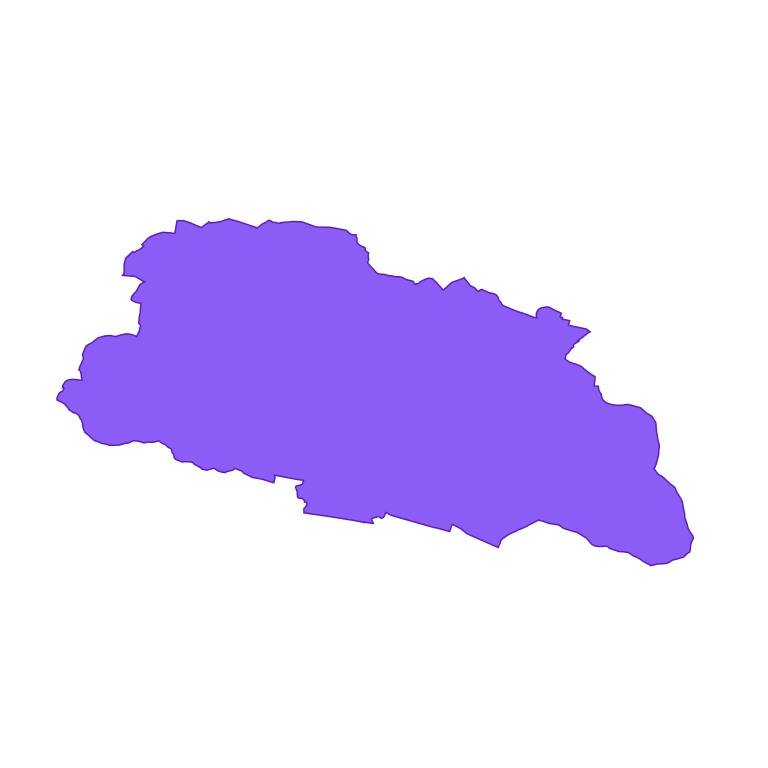 the district of Jucu, Cluj, Romania, rotated 186°
{"feature_id": "2599482B94337896165736", "entity_name": "Jucu", "entity_type": "district", "adm_level": 2, "iso_a3": "ROU", "parent_name": "Romania", "parent_adm1": "Cluj", "projection": "robinson", "projection_center": [23.807, 46.849], "detail": "fine", "context": "isolated", "style": "filled", "palette": "violet", "viewbox_px": 768, "rotation_deg": 186, "n_neighbors": 0, "source": "geoboundaries", "source_scale": "gbopen_adm2", "svg_char_len": 6126}
<svg xmlns="http://www.w3.org/2000/svg" viewBox="0 0 768 768"><g transform="rotate(186 384 384)"><path d="M707.6,334.1L705.5,333.1L702.8,332.3L699.4,330.6L695.2,326.7L695.1,325.9L693.9,325.2L693.7,324.9L691.7,324.1L690.2,323.0L688.2,322.9L687.1,322.6L684.3,320.9L682.4,317.7L680.8,316.1L680.4,314.8L679.6,313.3L679.6,312.1L679.0,311.3L678.8,309.4L678.5,308.6L676.8,305.3L676.0,304.3L672.6,302.3L669.8,300.0L666.3,297.7L664.6,297.0L661.3,296.5L659.1,295.5L653.2,295.1L650.8,294.3L642.7,295.3L639.9,296.0L635.5,297.8L632.0,298.6L629.6,300.1L626.9,301.4L623.7,301.5L619.1,301.0L616.7,300.2L613.0,301.5L607.9,301.8L602.4,303.8L601.8,303.8L599.7,302.5L594.6,300.5L592.2,298.6L589.5,297.5L588.8,297.0L587.5,293.6L585.7,291.9L585.0,288.9L584.4,288.1L583.3,287.3L582.4,286.9L576.1,285.3L574.5,285.9L570.2,286.2L566.4,286.1L565.2,285.0L562.9,283.7L558.0,281.8L555.9,280.2L551.0,279.8L544.8,282.4L543.3,282.0L540.0,280.2L536.0,279.4L532.3,279.4L531.3,280.5L525.3,282.5L523.4,284.5L516.0,282.4L513.8,280.3L513.3,280.4L505.2,277.3L495.1,276.6L487.5,275.0L483.3,274.3L482.7,277.9L482.7,280.1L482.9,280.9L483.4,281.9L460.4,280.0L453.9,279.8L454.2,278.8L454.4,276.5L454.7,276.1L455.2,275.6L456.7,274.7L460.6,273.4L461.1,272.8L461.2,272.1L459.2,268.1L458.8,266.8L458.8,265.1L458.4,264.5L458.3,263.1L458.0,262.3L457.0,261.7L453.1,261.5L451.5,260.2L450.7,260.0L450.7,258.2L449.5,258.4L448.0,257.0L448.0,255.9L449.7,252.7L450.6,251.8L450.2,247.5L422.3,246.4L400.3,245.2L390.2,244.3L389.1,244.0L389.0,244.6L380.7,244.1L380.0,244.3L382.2,247.7L381.9,248.8L381.2,249.4L378.1,250.5L376.4,251.5L374.9,251.5L373.3,250.4L372.5,250.2L371.6,250.5L370.6,251.4L369.6,253.3L369.4,254.6L368.6,256.5L364.0,254.5L361.8,253.9L321.8,246.9L317.6,246.3L316.6,246.4L303.3,244.1L301.7,251.3L300.8,251.4L292.2,248.0L286.4,244.1L283.2,242.9L253.3,233.3L251.3,240.7L249.3,243.4L248.3,243.7L247.2,245.0L242.8,248.4L237.2,251.5L234.6,253.4L232.7,254.2L226.7,257.7L225.5,258.7L216.1,264.8L211.4,264.1L205.4,262.6L196.7,262.2L194.7,261.7L190.5,259.3L183.6,257.8L176.4,256.6L167.4,252.3L165.2,250.7L160.7,246.3L157.4,245.0L153.8,244.8L145.2,245.9L144.3,245.5L143.2,244.6L141.8,243.9L132.6,241.9L128.6,242.2L123.1,241.9L118.2,239.1L116.8,238.9L115.4,238.3L112.2,237.3L107.4,234.5L105.6,233.9L103.9,232.9L102.3,232.6L101.0,231.8L99.3,231.3L93.2,233.6L87.1,234.5L83.7,235.4L82.0,236.3L78.9,238.8L75.8,240.1L73.6,240.8L67.8,243.3L64.4,247.4L62.3,248.9L62.1,254.1L62.2,256.7L61.4,259.8L60.3,262.6L60.3,263.5L61.3,265.6L64.7,269.5L66.4,272.3L68.2,276.9L70.6,281.9L71.0,283.2L71.5,286.3L72.1,288.3L73.6,292.7L74.5,296.3L75.3,298.7L76.0,299.9L81.9,307.6L84.0,311.6L89.9,315.3L96.6,320.4L98.3,321.4L100.9,322.3L103.5,324.5L105.6,326.9L106.9,327.9L105.9,329.5L104.9,333.0L104.4,336.2L103.5,342.7L103.8,347.0L103.6,350.2L104.2,353.2L105.4,355.9L106.7,361.0L107.7,363.8L109.0,370.1L109.4,373.0L109.9,374.4L113.0,378.2L114.0,379.8L120.5,382.9L126.0,387.0L126.9,387.3L136.2,388.8L139.3,389.1L141.4,388.8L145.3,387.7L147.0,387.5L151.2,387.1L155.7,387.4L159.9,388.2L162.4,389.5L164.6,391.0L165.6,392.5L166.2,394.0L166.7,396.3L169.4,399.7L170.4,402.8L170.6,404.2L174.7,403.9L174.7,412.7L174.9,413.3L180.4,416.0L186.7,419.9L188.8,421.6L190.2,422.2L192.6,423.1L201.7,425.2L204.8,426.7L206.5,428.0L206.0,432.7L204.9,433.2L204.1,434.0L201.3,438.9L199.2,440.7L199.7,442.2L199.6,443.1L194.8,446.9L195.8,447.1L187.0,455.5L185.4,456.9L184.4,457.4L185.1,457.9L188.4,459.8L206.8,461.7L205.9,466.4L213.6,467.2L213.4,468.8L216.0,469.4L215.0,472.9L223.7,475.9L227.7,477.6L230.3,477.6L234.7,476.5L235.9,476.0L237.9,474.5L238.9,473.2L239.8,470.4L239.8,468.4L239.0,465.7L242.0,466.0L253.0,468.9L259.1,470.1L273.9,474.4L274.2,474.9L275.0,475.3L276.0,477.1L278.2,479.0L278.8,479.9L279.4,481.8L281.4,484.1L282.2,484.6L284.9,485.4L288.7,485.7L296.5,488.3L298.2,487.7L299.0,486.1L300.1,486.1L300.8,486.6L301.5,486.6L302.4,488.0L303.3,488.8L307.1,490.4L308.3,490.5L311.0,493.7L314.4,496.8L315.3,498.2L318.2,496.4L326.8,492.3L328.2,491.1L332.2,486.4L335.1,483.7L343.0,490.8L346.9,493.9L350.9,493.8L353.6,492.7L358.1,489.8L360.7,487.4L362.2,487.0L363.1,486.1L365.6,488.9L366.2,489.3L373.0,490.2L375.9,491.6L378.7,492.2L381.2,492.2L383.6,491.8L388.0,492.4L390.8,492.3L394.5,493.0L401.5,492.9L403.5,494.3L406.8,497.1L412.8,502.5L412.9,503.2L412.2,506.2L412.7,507.4L413.1,509.7L413.2,511.5L412.9,512.6L416.8,514.9L416.7,517.1L417.0,517.5L422.4,519.3L423.8,520.1L425.1,521.4L425.6,522.2L425.9,523.4L426.2,526.5L427.3,528.1L427.4,529.5L430.4,529.1L432.5,529.4L434.9,530.7L436.8,532.4L438.3,533.0L454.2,534.2L467.6,533.0L481.9,536.5L483.6,536.7L493.1,535.9L494.3,535.4L503.0,533.9L503.5,533.6L503.3,533.4L503.7,533.2L503.9,532.9L504.7,533.1L506.1,532.8L508.6,533.4L511.0,533.1L511.9,533.4L513.9,534.6L515.7,534.7L516.5,534.3L518.6,532.2L520.7,531.0L521.5,530.7L526.2,526.0L546.2,530.4L555.7,532.0L558.9,530.7L560.4,529.8L563.1,528.6L568.6,527.0L574.0,526.0L574.0,526.5L575.3,526.9L575.9,526.0L582.1,520.5L595.0,524.4L600.9,525.6L601.9,525.3L605.8,525.0L606.9,524.6L607.8,511.8L611.3,512.0L620.1,511.7L625.6,509.3L631.6,506.2L633.9,504.2L639.3,497.4L637.3,496.0L637.7,495.6L640.5,492.8L642.1,491.5L644.0,490.5L646.2,488.6L647.7,489.5L653.2,483.1L653.8,482.3L654.2,481.1L655.0,475.8L654.3,470.3L654.2,466.0L655.3,464.8L656.3,464.6L642.8,465.0L637.9,462.7L636.5,462.3L636.2,461.7L635.7,461.5L632.6,460.6L636.5,458.0L637.4,456.8L640.1,450.1L641.5,448.7L641.6,448.4L643.6,445.4L644.4,442.0L644.3,441.4L643.9,441.0L639.8,439.4L637.3,439.0L634.1,438.8L634.2,436.1L633.9,429.4L634.5,423.9L634.3,422.6L634.3,419.6L634.2,418.6L632.6,417.4L632.2,416.8L633.0,410.9L635.0,405.3L637.1,406.1L641.6,407.0L645.6,407.0L651.3,405.1L655.2,403.3L657.3,403.2L660.9,403.6L666.4,402.7L671.9,400.5L673.9,399.5L678.3,394.9L683.3,391.5L684.3,390.3L684.8,389.1L686.7,382.8L686.9,381.0L685.8,379.1L685.6,377.5L688.2,369.8L688.9,366.2L687.5,365.2L686.2,362.3L685.6,359.2L684.6,356.3L687.1,355.9L689.4,356.3L694.6,356.0L697.4,355.4L699.7,354.3L701.1,353.3L703.3,349.0L703.1,347.6L703.3,346.8L702.3,347.0L702.1,346.5L702.2,344.7L703.2,343.2L705.7,341.5L706.5,339.9L707.7,336.2L707.6,334.1Z" fill="#8b5cf6" stroke="#5b21b6" stroke-width="1.5"/></g></svg>